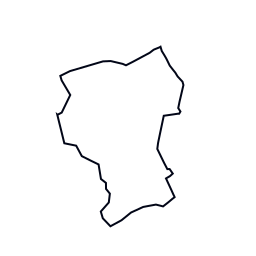 Um Rimta, White Nile, Sudan (Albers equal-area conic projection), rotated 141°
{"feature_id": "16777658B63870425694852", "entity_name": "Um Rimta", "entity_type": "district", "adm_level": 2, "iso_a3": "SDN", "parent_name": "Sudan", "parent_adm1": "White Nile", "projection": "albers", "projection_center": [31.887, 14.607], "detail": "fine", "context": "isolated", "style": "outline", "palette": "ink", "viewbox_px": 256, "rotation_deg": 141, "n_neighbors": 0, "source": "geoboundaries", "source_scale": "gbopen_adm2", "svg_char_len": 1120}
<svg xmlns="http://www.w3.org/2000/svg" viewBox="0 0 256 256"><g transform="rotate(141 128 128)"><path d="M174.5,183.0L178.1,175.4L181.5,168.1L187.1,156.2L179.4,146.9L181.6,135.2L177.4,125.9L173.8,118.2L181.1,105.4L179.7,99.2L183.4,94.5L183.4,88.4L189.8,82.2L201.7,80.2L204.4,73.7L203.5,62.7L191.1,60.4L178.8,60.4L165.9,57.1L160.7,54.3L154.5,50.9L151.4,46.8L150.1,45.0L143.8,44.9L137.8,45.0L135.3,44.9L135.2,45.1L134.6,47.7L133.2,53.0L130.2,64.9L125.5,64.2L121.9,64.4L121.8,65.7L121.5,69.6L121.5,69.9L123.3,71.3L121.9,78.2L120.4,84.7L118.4,93.3L114.2,97.3L113.6,97.8L112.3,98.9L110.8,100.1L106.9,103.3L99.4,109.4L92.5,115.0L88.5,112.6L83.1,109.4L81.4,108.4L80.4,107.8L79.3,106.9L76.9,107.8L76.4,111.9L73.1,114.6L71.3,116.1L68.7,118.1L57.9,126.5L56.5,129.7L57.0,136.8L56.8,138.4L56.4,141.2L56.4,142.5L56.4,144.8L56.3,150.2L55.0,155.8L54.5,158.1L54.0,161.3L53.3,166.6L51.6,170.7L52.9,170.9L58.4,172.6L59.4,172.7L63.8,172.8L82.6,176.4L90.1,178.0L91.8,181.2L99.3,190.9L105.5,195.5L137.2,208.7L147.8,211.1L149.6,206.8L152.1,190.0L169.8,181.7L174.4,182.6L174.5,183.0Z" fill="none" stroke="#020617" stroke-width="2"/></g></svg>